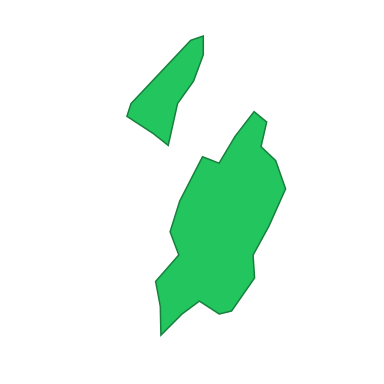 SVG path tracing the border of Triesenberg, rotated 213°
{"feature_id": "LIE-4892", "entity_name": "Triesenberg", "entity_type": "state/province", "adm_level": 1, "iso_a3": "LIE", "parent_name": "Liechtenstein", "parent_adm1": "", "projection": "mercator", "projection_center": [9.569, 47.119], "detail": "fine", "context": "isolated", "style": "filled", "palette": "green", "viewbox_px": 384, "rotation_deg": 213, "n_neighbors": 0, "source": "natural_earth", "source_scale": "10m", "svg_char_len": 550}
<svg xmlns="http://www.w3.org/2000/svg" viewBox="0 0 384 384"><g transform="rotate(213 192 192)"><path d="M167.5,291.4L158.8,267.6L138.9,263.9L115.2,245.6L108.9,205.3L106.4,172.3L92.7,154.0L94.0,113.7L102.7,104.5L126.4,104.5L133.9,84.3L140.1,55.0L156.3,78.8L173.8,97.2L168.8,132.0L188.7,146.7L197.4,177.8L202.4,227.3L185.0,230.9L186.2,262.1L183.7,293.2L167.5,291.4ZM287.8,220.0L291.3,232.9L275.7,318.5L267.5,329.0L257.3,313.3L251.1,285.9L252.3,258.4L237.3,218.1L256.0,219.9L287.8,220.0Z" fill="#22c55e" stroke="#15803d" stroke-width="1.5"/></g></svg>